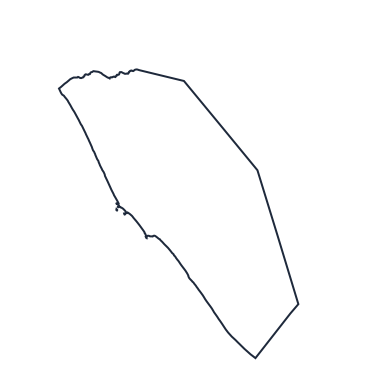 Mýrdalshreppur, Suðurland, Iceland, rotated 48°
{"feature_id": "244011B6689541001554", "entity_name": "Mýrdalshreppur", "entity_type": "district", "adm_level": 2, "iso_a3": "ISL", "parent_name": "Iceland", "parent_adm1": "Suðurland", "projection": "natural_earth1", "projection_center": [-19.16, 63.515], "detail": "fine", "context": "isolated", "style": "outline", "palette": "slate", "viewbox_px": 384, "rotation_deg": 48, "n_neighbors": 0, "source": "geoboundaries", "source_scale": "gbopen_adm2", "svg_char_len": 5446}
<svg xmlns="http://www.w3.org/2000/svg" viewBox="0 0 384 384"><g transform="rotate(48 192 192)"><path d="M357.9,256.0L348.1,200.2L346.5,188.0L282.3,157.9L219.6,128.8L159.7,126.1L104.1,123.7L66.1,149.7L64.5,150.6L63.8,151.2L63.4,151.8L63.1,152.4L62.9,152.9L62.9,154.5L62.7,154.9L62.3,155.1L62.0,155.4L61.7,155.4L61.5,155.6L61.3,155.7L61.1,155.8L60.9,156.4L60.7,156.6L60.7,156.8L60.8,156.9L60.6,157.2L60.6,157.4L60.6,157.8L60.6,158.0L60.6,158.3L60.9,158.4L61.0,158.7L61.0,158.9L60.9,159.4L60.9,159.6L61.3,160.0L61.3,160.3L61.1,160.4L61.1,160.5L60.8,160.9L60.4,161.1L60.3,161.3L60.2,161.4L60.1,161.7L60.0,161.8L59.7,162.2L59.6,162.4L59.4,162.7L58.8,163.0L58.3,163.1L58.1,163.3L56.6,163.9L56.2,164.0L55.7,164.2L55.5,164.4L55.4,164.6L54.9,165.1L54.7,165.4L54.7,165.5L54.8,165.8L54.9,166.1L55.2,166.3L55.3,166.6L55.5,167.0L55.7,167.3L55.8,167.6L55.8,167.8L55.6,168.3L55.4,168.6L55.0,168.9L55.0,169.2L54.7,169.4L54.7,169.6L54.8,169.7L55.1,169.9L55.2,170.1L55.0,170.7L55.1,171.0L55.0,171.3L55.2,171.5L55.3,171.9L55.3,172.0L55.1,172.1L55.0,172.3L54.3,172.5L54.0,172.8L53.8,173.1L53.7,173.6L53.5,173.8L53.4,174.2L53.4,174.3L53.4,174.5L53.1,174.7L53.0,174.9L52.8,175.1L52.7,175.4L52.7,175.5L52.3,175.8L52.2,175.9L52.3,176.8L52.5,177.2L51.4,177.5L51.1,177.8L50.2,178.2L49.1,178.5L47.9,178.8L46.3,179.3L45.2,179.6L44.8,179.7L43.7,179.8L43.3,179.8L42.5,180.0L41.6,180.5L40.5,180.9L40.0,181.2L38.7,182.3L37.3,183.5L36.7,184.0L36.4,184.2L36.2,184.5L36.1,184.9L36.1,185.6L36.0,185.9L35.5,186.8L35.4,187.5L35.5,187.9L35.9,188.5L36.0,188.7L36.0,189.0L35.8,189.1L35.7,189.3L35.6,189.5L35.4,189.8L35.4,190.1L35.6,190.4L35.6,190.5L35.4,190.7L35.0,191.1L34.2,191.6L33.4,192.3L33.3,192.5L33.3,192.9L33.4,193.1L33.4,193.3L33.3,193.6L33.8,194.3L33.8,194.7L33.7,194.9L33.6,195.3L33.7,195.5L34.1,195.9L34.1,196.0L33.7,196.7L33.6,196.9L33.5,197.3L33.5,197.5L33.3,198.0L33.1,198.2L32.8,198.4L32.7,198.6L32.4,198.8L32.2,198.9L30.7,199.4L30.3,199.6L30.2,199.7L30.2,199.9L30.2,200.2L30.2,200.5L29.1,201.9L27.8,203.3L27.7,203.5L27.6,203.8L27.2,205.1L26.7,207.0L26.7,208.4L26.6,212.0L26.5,212.4L26.3,214.4L26.3,217.1L26.3,218.6L26.2,220.5L26.1,221.6L29.7,222.7L31.2,223.1L32.7,223.3L33.2,223.2L34.2,222.9L34.7,222.8L35.1,222.8L35.6,222.9L37.3,223.0L38.2,223.0L40.8,223.2L41.3,223.3L42.3,223.6L46.0,224.3L48.9,225.0L51.3,225.5L52.9,225.7L54.4,226.0L57.3,226.7L60.6,227.5L62.8,228.0L63.8,228.3L66.6,229.1L67.9,229.4L68.7,229.4L69.2,229.5L76.1,231.5L77.2,231.8L77.9,232.1L82.7,233.5L83.6,233.7L84.3,234.0L85.2,234.3L86.6,234.7L91.8,236.4L92.6,236.8L93.1,237.0L94.4,237.5L95.0,237.7L96.2,237.8L97.1,238.0L98.1,238.4L99.0,238.6L99.7,239.0L100.3,239.2L101.2,239.5L103.2,240.2L104.5,240.6L105.7,240.7L106.5,240.9L107.6,241.5L108.6,241.8L109.8,242.2L110.4,242.5L114.9,243.7L115.7,244.0L117.3,244.2L118.0,244.3L120.5,245.1L121.8,245.9L127.9,247.7L136.7,250.5L140.9,251.6L142.2,252.1L144.7,252.6L146.5,253.0L147.9,253.3L149.2,253.6L151.4,254.2L151.4,254.4L151.2,254.7L151.1,254.8L151.2,255.0L151.9,255.3L152.2,255.3L152.6,255.2L153.3,255.3L153.7,255.5L153.9,255.7L154.0,255.9L154.0,256.1L153.9,256.2L153.6,256.5L153.2,256.5L153.3,256.9L153.4,257.1L153.6,257.1L153.8,257.0L153.9,256.8L154.0,256.6L154.1,256.4L154.3,256.4L154.3,256.2L154.5,255.9L154.7,255.7L154.8,255.6L154.9,255.4L155.2,255.2L155.7,255.2L156.1,255.2L156.3,255.1L156.6,254.8L157.5,254.6L158.2,254.4L160.0,254.3L161.8,254.3L162.6,254.5L162.8,254.5L163.3,254.6L163.6,254.6L163.8,254.7L164.0,254.7L164.3,254.3L164.3,254.2L163.9,253.9L164.0,253.6L164.4,253.5L164.7,253.4L166.9,252.9L168.6,252.7L169.4,252.6L170.1,252.6L172.5,252.8L176.6,252.9L181.1,253.2L185.0,253.6L189.5,254.1L190.0,254.2L190.2,254.3L190.5,254.6L190.9,254.6L191.2,254.6L191.3,254.6L191.5,254.8L192.2,254.8L192.4,254.9L192.5,254.9L192.8,255.1L193.1,255.2L193.3,255.3L193.7,255.4L194.4,255.2L194.7,255.0L194.9,254.4L194.9,254.2L195.1,253.9L195.8,253.3L197.0,252.8L197.3,252.3L198.2,251.5L198.3,251.4L198.6,251.2L198.8,250.8L198.8,250.4L198.7,250.2L199.0,249.6L199.2,249.4L199.4,249.1L200.0,248.8L200.7,248.6L202.3,248.3L204.4,248.0L205.6,247.6L205.9,247.5L206.1,247.6L206.5,247.7L209.0,247.5L212.4,247.5L217.5,247.2L221.9,247.4L224.1,247.6L225.4,247.4L226.0,247.4L226.3,247.5L226.9,247.7L227.2,247.8L227.6,247.7L227.8,247.7L228.6,247.7L229.0,247.7L230.4,248.0L232.7,248.2L233.2,248.2L233.8,248.2L234.7,248.3L238.1,248.8L240.0,249.0L246.0,249.5L249.0,250.0L250.3,250.3L251.7,250.7L252.4,251.2L253.5,251.5L254.4,251.7L255.5,251.7L258.1,251.6L259.2,251.7L259.9,251.5L260.3,251.5L261.6,251.7L264.0,251.8L265.9,252.1L267.4,252.2L269.3,252.5L271.1,252.6L276.0,253.1L278.8,253.6L280.2,253.9L283.1,254.3L290.3,255.0L291.9,255.2L294.9,255.8L296.2,256.1L297.2,256.2L301.5,256.7L304.5,257.2L306.6,257.4L310.3,257.9L313.5,258.4L316.8,258.9L319.4,259.1L320.5,259.2L326.0,259.2L331.3,258.7L333.7,258.6L343.7,258.0L351.9,257.1L354.5,256.6L357.9,256.0ZM163.4,257.2L163.7,257.1L163.7,256.9L163.8,256.7L163.7,256.4L163.1,256.4L162.6,256.6L162.5,256.8L163.2,257.1L163.4,257.2ZM155.3,260.3L155.4,260.2L155.5,260.1L155.4,260.0L155.3,259.8L155.3,259.6L155.1,259.5L154.9,259.5L154.5,259.5L154.3,259.6L154.2,259.6L154.4,259.9L154.7,260.2L155.0,260.3L155.3,260.3ZM150.6,256.0L150.9,255.8L151.0,255.7L150.8,255.4L150.3,255.4L150.0,255.5L149.9,255.7L149.9,255.8L150.0,255.9L150.6,256.0ZM195.5,256.4L194.7,256.0L194.2,256.0L194.3,256.3L194.6,256.4L194.9,256.4L194.8,256.5L195.1,256.6L195.5,256.7L195.8,256.6L195.7,256.5L195.5,256.4Z" fill="none" stroke="#1e293b" stroke-width="2"/></g></svg>